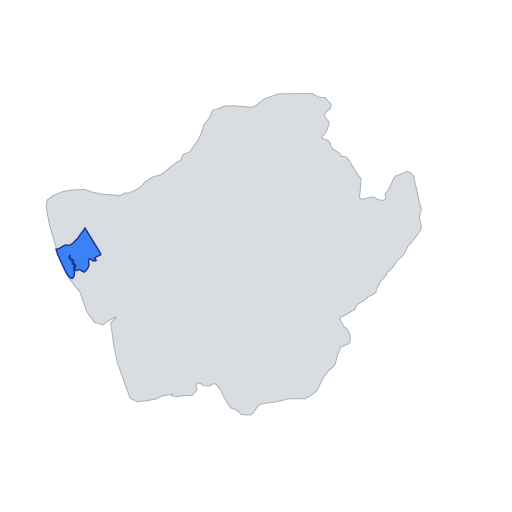 Commewijne highlighted on a map of Suriname, rotated 243°
{"feature_id": "SUR-70", "entity_name": "Commewijne", "entity_type": "District", "adm_level": 1, "iso_a3": "SUR", "parent_name": "Suriname", "parent_adm1": "", "projection": "natural_earth1", "projection_center": [-54.973, 5.762], "detail": "fine", "context": "in_parent", "style": "filled", "palette": "blue", "viewbox_px": 512, "rotation_deg": 243, "n_neighbors": 0, "source": "natural_earth", "source_scale": "10m", "svg_char_len": 3593}
<svg xmlns="http://www.w3.org/2000/svg" viewBox="0 0 512 512"><g transform="rotate(243 256 256)"><path d="M393.2,133.3L387.0,139.3L380.3,147.9L371.4,162.7L371.8,167.4L369.9,171.1L369.4,177.8L370.0,185.2L372.3,190.1L373.4,199.4L371.6,207.7L372.3,212.6L374.1,220.3L375.6,228.5L375.4,231.8L377.5,234.5L379.5,237.1L378.9,244.4L385.9,257.4L390.2,263.1L396.4,268.7L398.7,274.1L402.2,280.6L404.3,281.3L405.4,284.0L404.3,289.0L404.0,296.0L400.1,304.1L390.9,318.9L389.8,322.4L392.2,334.7L390.9,344.8L390.3,349.7L385.8,358.5L375.2,380.0L369.0,383.9L365.3,390.1L362.9,390.1L360.2,390.7L359.4,391.5L356.0,391.4L353.4,388.7L353.0,385.4L351.6,381.7L348.3,380.6L342.1,381.9L340.3,380.9L336.6,376.9L333.5,372.6L332.7,368.4L330.7,368.8L326.0,372.6L322.8,373.4L320.2,372.4L317.4,372.7L310.1,376.8L305.9,377.7L302.8,381.8L282.7,383.6L277.4,384.7L265.4,377.6L262.3,375.3L260.7,375.0L259.4,375.4L258.1,376.9L256.1,385.8L254.3,388.3L251.1,390.2L248.1,393.8L247.5,397.2L252.2,399.1L256.1,405.8L260.4,411.2L263.8,415.9L263.4,421.3L262.8,428.9L260.3,431.4L256.1,432.7L240.9,429.0L229.2,425.8L224.3,425.0L222.1,424.2L219.2,421.4L216.2,418.9L211.5,417.9L205.8,416.2L201.6,409.5L197.3,400.0L195.8,395.7L192.4,391.5L189.1,385.6L188.1,380.4L185.6,375.6L184.3,374.0L182.3,367.4L181.9,365.0L181.0,364.7L179.6,362.6L176.9,355.6L176.3,353.9L175.1,353.3L172.0,348.4L169.5,346.6L168.6,344.1L168.8,337.3L167.5,333.9L167.1,327.5L167.0,324.9L165.8,322.0L163.6,320.2L163.3,315.5L162.8,304.1L161.8,302.1L152.8,302.2L151.9,303.3L148.0,304.0L143.7,304.1L139.8,302.6L136.5,300.6L135.8,298.1L136.3,290.1L131.1,284.1L122.9,276.6L120.4,267.1L117.4,261.2L108.2,248.9L106.6,240.4L106.6,234.4L109.8,228.9L114.3,219.2L116.2,210.4L117.5,205.9L119.8,199.9L122.0,192.1L120.4,187.4L117.6,182.7L116.8,179.2L119.4,174.0L122.1,170.4L125.1,169.9L128.9,167.8L131.9,164.6L136.5,163.8L142.2,163.5L153.9,163.5L159.9,162.2L161.7,159.7L161.4,154.9L164.4,150.5L167.5,148.7L168.8,147.2L169.0,145.6L168.1,144.2L166.9,143.2L163.6,142.9L160.8,135.3L162.8,132.0L165.3,126.0L166.0,122.6L169.9,117.2L170.8,118.8L173.9,109.1L174.2,101.1L176.6,93.3L180.1,84.0L186.5,79.3L223.5,84.0L240.4,88.5L262.1,96.1L265.2,104.3L265.4,96.1L264.3,87.9L270.3,82.0L283.5,79.9L303.3,82.8L320.3,79.3L343.4,79.7L378.5,86.4L394.2,91.0L400.7,95.1L401.9,102.5L401.3,112.0L398.7,121.1L393.2,133.3Z" fill="#d9dde1" stroke="#a8b0b8" stroke-width="1"/><path d="M321.7,93.9L323.7,93.2L324.4,91.3L324.5,89.4L324.9,88.7L326.5,88.7L328.9,90.7L330.4,91.0L331.4,90.8L332.0,90.3L332.6,90.2L334.2,91.4L334.8,91.5L335.4,91.3L336.2,91.0L336.7,90.6L337.1,90.0L337.6,89.6L338.5,89.3L339.2,89.5L339.9,89.9L341.2,91.0L340.9,90.3L340.4,89.7L339.8,89.1L339.2,88.7L338.3,88.5L337.6,88.6L336.9,89.2L336.1,89.8L334.4,90.0L333.3,89.2L332.2,88.9L331.1,89.7L329.9,89.6L328.8,88.6L327.7,87.9L323.4,86.5L321.9,85.7L320.7,84.7L320.1,83.8L319.8,82.9L319.4,82.3L319.9,81.4L320.6,80.9L322.6,80.0L324.9,79.5L327.9,79.3L330.1,79.3L347.8,80.0L349.1,80.4L352.3,80.8L352.8,80.9L352.5,81.9L352.0,83.7L352.5,90.5L352.0,91.8L350.6,93.7L350.3,94.7L350.2,95.7L350.4,97.9L350.5,98.6L351.1,100.4L351.7,101.8L352.3,104.3L352.9,105.8L355.2,109.6L356.7,113.2L358.5,116.3L330.4,118.6L328.9,118.6L327.6,118.1L327.7,113.3L327.6,112.4L327.4,112.1L327.1,111.9L327.1,111.6L327.2,111.2L327.2,110.9L326.7,110.9L326.2,111.1L325.9,111.4L325.6,111.5L324.9,111.4L324.6,111.5L324.6,111.4L324.6,110.6L324.8,110.4L325.6,108.6L328.3,107.1L328.7,106.9L329.2,106.2L328.5,105.1L327.1,104.4L324.1,103.3L322.8,102.2L321.7,100.8L320.8,99.2L320.6,98.6L320.1,97.5L319.6,95.6L320.5,95.1L321.7,93.9Z" fill="#3b82f6" stroke="#1e3a8a" stroke-width="1.5"/></g></svg>